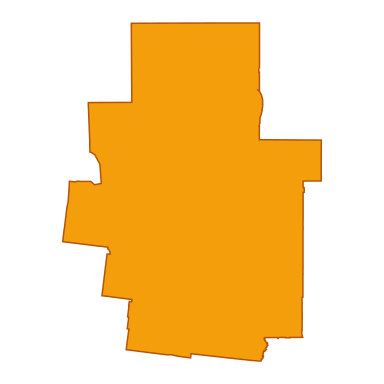 the district of Hindmarsh, Victoria, Australia
{"feature_id": "25037944B30828491037515", "entity_name": "Hindmarsh", "entity_type": "district", "adm_level": 2, "iso_a3": "AUS", "parent_name": "Australia", "parent_adm1": "Victoria", "projection": "orthographic", "projection_center": [141.947, -36.033], "detail": "fine", "context": "isolated", "style": "filled", "palette": "amber", "viewbox_px": 384, "rotation_deg": 0, "n_neighbors": 0, "source": "geoboundaries", "source_scale": "gbopen_adm2", "svg_char_len": 4451}
<svg xmlns="http://www.w3.org/2000/svg" viewBox="0 0 384 384"><path d="M88.3,102.6L88.3,104.6L89.7,140.1L89.9,152.1L91.3,152.4L94.1,154.3L94.7,154.5L99.9,164.2L101.3,183.5L94.5,184.7L91.1,181.7L90.3,181.4L79.8,181.4L78.7,181.2L77.1,181.2L75.7,181.8L73.6,181.8L72.4,181.5L70.9,181.5L69.4,181.2L69.0,189.5L68.1,202.3L66.9,207.5L65.5,219.1L64.4,228.2L63.9,231.4L62.7,241.6L62.8,241.7L70.2,242.6L70.4,242.6L84.2,244.3L98.7,246.1L101.9,246.4L104.5,246.8L106.8,247.0L107.9,247.2L107.7,248.8L107.8,248.9L108.5,249.3L110.1,251.9L110.0,254.3L107.1,254.0L106.9,255.1L102.6,290.4L101.9,295.7L106.9,296.3L106.9,296.2L108.6,296.4L108.6,296.5L118.5,297.8L132.0,299.5L131.7,301.7L129.3,301.4L128.7,305.6L129.0,305.6L128.6,309.0L128.2,312.3L127.6,316.9L128.7,317.1L128.2,321.5L127.7,325.1L127.6,326.0L127.2,328.8L128.9,329.0L128.8,329.9L128.7,330.7L128.6,331.3L128.1,334.8L128.0,335.9L127.8,336.9L127.8,337.1L127.7,337.8L127.7,338.1L127.6,338.4L127.6,338.5L126.5,347.2L126.2,349.7L145.3,352.1L167.0,354.8L170.9,354.7L171.1,354.7L178.3,356.3L190.6,357.9L191.0,353.8L197.8,354.5L218.7,356.8L228.2,357.9L253.3,360.6L258.9,361.0L260.9,361.0L260.9,360.9L261.0,360.7L261.2,360.4L261.3,360.4L261.4,360.2L261.3,359.8L261.3,359.7L261.2,359.7L261.2,359.4L261.3,359.2L261.5,359.1L261.8,359.0L262.0,359.0L262.0,358.9L262.2,358.7L262.3,358.7L262.5,358.7L262.7,358.4L262.8,358.2L262.6,358.1L262.6,357.9L262.7,357.7L262.8,357.6L262.9,357.4L263.0,357.4L263.1,357.2L262.9,357.2L262.7,357.2L262.6,356.9L262.6,356.7L262.5,356.4L262.5,356.2L262.4,356.1L262.5,355.9L262.8,355.8L263.0,355.9L263.4,355.8L263.4,355.7L263.0,355.5L262.8,355.3L262.7,355.1L262.6,354.9L262.9,354.5L263.1,354.2L263.2,353.7L263.3,353.3L263.4,353.0L263.4,352.7L263.4,352.4L263.3,352.2L263.2,352.1L263.2,351.9L263.4,351.8L263.6,351.9L263.8,351.9L264.0,351.6L264.0,351.4L263.9,351.3L263.8,351.0L263.7,350.9L263.8,350.7L264.0,350.8L264.3,350.8L264.5,350.9L264.6,351.0L264.8,351.1L265.0,351.1L265.0,350.9L265.0,350.7L265.0,350.3L265.0,350.2L265.4,350.1L265.7,349.9L266.1,349.8L266.3,349.7L266.0,349.3L265.8,349.1L265.7,349.1L265.6,348.9L265.5,348.7L265.7,348.3L265.7,348.2L265.8,348.0L265.8,347.9L266.0,347.8L266.2,347.7L266.3,347.6L266.5,347.4L266.6,347.2L266.6,346.9L266.9,346.7L267.0,346.7L267.2,346.4L267.1,346.1L267.1,345.9L267.2,345.7L267.3,345.4L267.7,345.2L267.5,344.9L267.4,344.8L267.5,344.7L267.6,344.4L267.2,344.1L267.0,343.9L266.9,343.8L266.9,343.7L267.0,343.7L267.3,343.6L267.5,343.5L267.6,343.3L267.6,343.2L267.4,343.0L267.1,342.8L267.0,342.7L266.9,342.5L266.9,342.4L266.5,342.4L266.2,342.3L266.0,342.2L265.8,341.9L265.5,341.7L265.4,341.4L265.5,341.3L265.5,341.2L265.6,340.9L265.0,340.4L264.7,340.3L264.6,340.1L264.7,339.9L264.9,339.6L264.9,339.1L264.8,338.6L264.6,338.5L264.2,338.7L264.2,338.3L264.5,337.9L264.9,337.7L265.1,337.6L277.1,337.5L277.9,338.5L278.1,338.4L278.9,337.6L279.1,337.4L279.3,337.4L282.3,337.4L285.3,337.4L285.3,337.8L290.0,337.8L290.0,337.4L299.3,337.4L301.3,337.3L302.7,337.3L302.3,335.7L301.8,334.0L301.8,330.1L302.1,330.1L302.1,324.6L302.2,318.4L302.2,312.1L302.1,311.8L302.1,305.1L302.1,303.4L302.0,300.9L302.0,300.4L302.1,297.4L302.5,297.4L302.8,297.4L302.9,297.1L302.9,289.0L302.9,282.9L302.9,282.0L302.9,281.4L302.9,281.0L302.9,279.5L302.9,277.3L302.9,276.4L302.9,275.9L302.9,275.2L303.0,274.5L303.0,272.9L302.9,272.6L303.0,268.5L303.0,260.0L303.0,259.7L303.0,257.9L303.0,255.6L303.0,250.5L303.0,250.0L303.0,248.5L303.0,245.7L303.0,240.7L303.0,232.5L303.0,231.7L303.1,227.4L303.0,224.9L303.1,218.8L303.1,218.3L303.1,215.5L303.1,209.7L303.1,209.1L303.1,207.6L303.1,203.3L303.1,201.0L303.1,197.4L303.1,195.1L303.1,194.9L303.0,194.6L303.0,194.4L303.1,194.2L303.1,193.4L303.1,193.1L303.1,192.9L303.1,192.4L304.2,192.3L304.2,187.6L303.7,187.5L303.3,187.5L303.2,187.6L303.1,187.4L303.1,181.2L305.2,181.0L305.9,181.0L306.5,181.0L308.3,181.0L312.0,181.0L312.6,181.0L313.6,181.0L315.5,181.0L316.5,181.0L317.4,181.0L318.1,181.0L318.9,181.0L321.2,181.0L321.2,160.4L321.3,140.1L312.1,140.0L302.9,140.0L271.1,139.8L267.2,139.7L263.3,139.8L259.3,139.7L259.4,138.7L259.3,135.4L259.4,126.2L259.1,126.2L259.4,124.5L259.9,123.1L260.0,117.7L260.3,116.9L261.0,115.0L262.2,110.2L262.1,109.4L262.6,106.9L262.7,104.2L262.6,99.4L262.1,97.4L261.4,95.0L259.8,91.9L258.1,90.2L259.4,90.2L259.4,86.3L259.4,82.3L259.4,72.2L258.8,72.2L258.8,69.0L259.5,67.7L259.5,59.5L259.5,23.0L220.0,23.0L151.8,23.2L131.3,23.3L131.8,102.4L100.1,102.5L88.3,102.6Z" fill="#f59e0b" stroke="#b45309" stroke-width="1.5"/></svg>